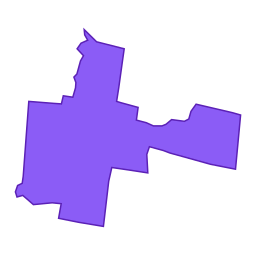 Picada Café, Rio Grande do Sul, Brazil
{"feature_id": "56859067B3523783610798", "entity_name": "Picada Café", "entity_type": "district", "adm_level": 2, "iso_a3": "BRA", "parent_name": "Brazil", "parent_adm1": "Rio Grande do Sul", "projection": "equal_earth", "projection_center": [-51.109, -29.454], "detail": "fine", "context": "isolated", "style": "filled", "palette": "violet", "viewbox_px": 256, "rotation_deg": 0, "n_neighbors": 0, "source": "geoboundaries", "source_scale": "gbopen_adm2", "svg_char_len": 806}
<svg xmlns="http://www.w3.org/2000/svg" viewBox="0 0 256 256"><path d="M17.0,197.0L22.8,195.4L33.4,204.6L52.2,202.8L61.2,203.7L58.6,218.3L79.2,222.4L103.4,226.4L104.4,218.1L107.9,188.2L108.7,181.3L111.8,167.5L129.6,170.1L147.8,172.9L146.8,154.4L149.4,146.7L163.3,150.5L169.9,153.0L210.6,164.3L235.5,169.2L240.6,115.0L232.5,112.7L196.1,104.2L191.0,111.3L188.8,119.0L184.4,121.3L171.6,119.6L166.0,124.3L162.0,125.9L153.4,125.9L146.3,122.7L136.4,120.1L138.1,107.4L120.9,102.7L116.6,101.4L118.7,88.1L122.4,61.5L124.2,48.8L96.6,41.8L84.2,29.6L84.7,34.9L87.7,40.2L81.0,43.2L77.1,48.8L83.5,55.7L80.5,60.9L76.9,74.0L73.9,77.1L75.9,82.6L75.5,87.9L72.8,97.2L63.3,95.8L61.4,103.9L54.0,103.4L28.8,101.4L23.2,176.4L22.2,183.3L17.6,185.5L15.4,191.9L17.0,197.0Z" fill="#8b5cf6" stroke="#5b21b6" stroke-width="1.5"/></svg>